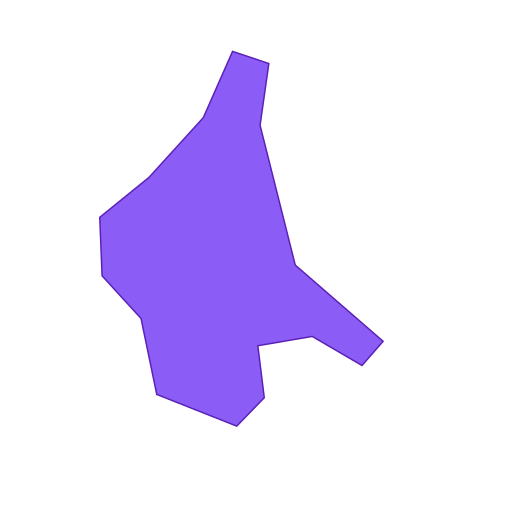 map outline of Port Louis city (Albers equal-area conic projection), rotated 122°
{"feature_id": "MUS-5190", "entity_name": "Port Louis city", "entity_type": "City", "adm_level": 1, "iso_a3": "MUS", "parent_name": "Mauritius", "parent_adm1": "", "projection": "albers", "projection_center": [57.494, -20.147], "detail": "fine", "context": "isolated", "style": "filled", "palette": "violet", "viewbox_px": 512, "rotation_deg": 122, "n_neighbors": 0, "source": "natural_earth", "source_scale": "10m", "svg_char_len": 372}
<svg xmlns="http://www.w3.org/2000/svg" viewBox="0 0 512 512"><g transform="rotate(122 256 256)"><path d="M86.0,347.1L143.0,321.8L242.9,217.9L261.0,103.0L292.7,108.1L294.4,165.7L331.1,206.9L371.8,173.9L410.5,182.2L426.0,266.8L369.9,320.4L354.4,376.0L306.0,409.0L246.0,388.4L166.6,374.0L94.9,384.3L86.0,347.1Z" fill="#8b5cf6" stroke="#5b21b6" stroke-width="1.5"/></g></svg>